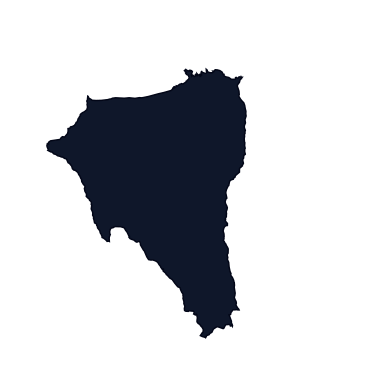 Nossa Senhora Do Rosario, Ribeira Grande, Cabo Verde (Equal Earth projection), rotated 329°
{"feature_id": "66160863B91585848329276", "entity_name": "Nossa Senhora Do Rosario", "entity_type": "district", "adm_level": 2, "iso_a3": "CPV", "parent_name": "Cabo Verde", "parent_adm1": "Ribeira Grande", "projection": "equal_earth", "projection_center": [-25.054, 17.15], "detail": "fine", "context": "isolated", "style": "filled", "palette": "ink", "viewbox_px": 384, "rotation_deg": 329, "n_neighbors": 0, "source": "geoboundaries", "source_scale": "gbopen_adm2", "svg_char_len": 5958}
<svg xmlns="http://www.w3.org/2000/svg" viewBox="0 0 384 384"><g transform="rotate(329 192 192)"><path d="M89.9,82.1L91.6,84.9L92.7,85.8L93.1,88.0L94.8,89.9L95.4,91.6L97.4,93.6L98.0,94.7L99.0,95.3L100.1,97.6L101.1,98.7L101.4,99.2L100.9,103.1L101.7,104.5L102.2,107.9L101.5,110.5L102.0,112.3L103.1,113.3L104.4,116.9L104.1,117.3L103.9,118.8L104.1,120.4L103.7,123.4L103.9,124.0L102.9,126.2L102.8,127.2L102.9,127.9L102.8,129.3L103.2,131.4L103.1,132.2L102.8,132.7L101.6,133.5L100.6,136.3L100.6,139.2L99.7,140.7L99.1,141.3L99.8,144.0L100.4,145.0L100.0,145.8L100.0,146.5L100.6,148.2L100.5,148.7L99.8,150.1L99.2,150.8L99.3,151.7L96.9,154.6L96.5,157.8L96.1,159.0L94.9,160.7L94.8,162.7L93.9,164.0L93.7,165.2L92.6,168.3L93.7,170.0L93.1,171.8L93.3,172.5L92.6,174.1L93.0,177.7L92.3,179.8L92.4,181.1L92.1,183.5L91.5,184.7L92.5,186.1L93.5,188.8L93.8,190.6L95.3,191.2L95.7,191.8L97.0,189.3L97.9,188.0L100.1,186.3L100.1,185.3L101.2,183.3L102.8,181.8L104.8,181.2L105.6,181.9L108.1,181.9L113.0,185.0L115.1,187.3L115.5,188.2L115.4,190.6L115.7,193.1L115.3,196.7L115.6,197.7L114.7,198.1L114.9,200.0L115.5,201.0L117.4,203.2L118.1,205.3L118.5,206.1L119.0,206.6L120.5,206.8L121.4,207.4L121.5,208.1L121.4,209.1L120.6,210.8L120.5,216.8L120.8,217.9L119.9,224.3L120.0,227.6L121.8,229.2L123.3,229.9L125.3,232.3L126.4,234.5L126.4,237.5L126.7,239.2L126.5,240.4L126.7,243.0L127.0,243.3L127.5,243.1L127.8,243.3L127.7,243.8L126.7,244.5L126.6,245.0L127.6,247.8L127.5,249.6L128.0,250.7L128.6,254.2L130.0,256.9L130.3,261.3L131.0,265.9L132.4,267.8L131.9,270.1L131.6,272.6L131.7,274.0L131.5,275.6L130.9,276.1L130.6,277.3L129.5,278.5L128.6,281.9L127.5,283.6L127.1,286.2L125.4,288.0L124.6,289.8L125.3,291.0L127.4,292.4L127.8,292.1L128.6,292.3L129.0,293.0L130.2,293.4L130.6,294.2L131.3,294.3L131.9,295.0L131.9,296.2L131.4,296.9L130.6,297.4L131.5,299.1L132.6,298.7L133.0,299.0L131.7,303.0L131.2,303.3L129.6,305.5L129.4,306.2L129.6,307.9L130.5,309.5L130.5,311.0L131.0,313.3L130.8,316.0L129.9,316.9L129.5,317.7L128.4,317.9L125.2,319.4L126.4,321.2L128.3,323.2L128.6,323.9L130.8,322.6L133.1,323.1L134.6,322.4L136.7,322.5L139.7,320.5L143.9,320.3L144.9,321.0L148.3,325.1L149.0,325.2L152.4,323.1L155.8,324.7L156.1,325.3L155.9,326.6L156.3,326.9L157.1,326.7L157.5,327.1L157.5,327.8L158.0,327.2L158.5,324.1L159.2,323.1L160.5,316.4L161.5,316.8L162.2,316.7L163.4,315.1L163.9,315.2L165.9,314.3L167.1,314.3L168.1,315.2L169.1,315.4L170.2,316.4L171.6,317.3L171.7,316.5L171.4,314.9L171.4,311.5L172.8,310.1L173.4,308.4L173.5,306.2L174.0,304.0L175.4,302.8L176.9,300.9L179.1,295.4L180.4,293.8L181.7,291.1L181.6,290.6L182.2,289.2L182.4,287.7L182.6,285.9L182.3,283.7L182.9,282.4L183.4,282.0L183.7,279.6L185.2,275.3L187.2,271.2L187.6,268.0L188.9,266.6L189.6,264.4L190.1,263.7L191.4,263.0L193.7,259.4L193.9,257.9L193.9,255.3L194.2,254.0L193.9,253.4L194.1,250.8L193.9,249.6L195.3,248.6L195.9,247.3L196.4,247.0L197.8,244.4L198.6,241.4L200.5,239.5L201.7,238.7L203.1,238.3L204.4,238.5L204.9,238.9L205.3,238.7L205.6,238.0L206.2,237.1L205.8,235.4L205.9,233.1L206.6,232.9L207.0,231.8L208.7,230.9L209.1,230.1L209.8,229.3L209.9,228.6L210.4,228.4L211.2,226.5L213.1,224.9L214.2,223.6L214.6,221.8L214.7,219.7L215.3,217.5L217.3,215.6L218.7,215.2L220.4,210.3L221.1,209.3L222.8,207.6L226.1,205.4L226.8,205.4L229.3,202.6L230.4,201.9L232.0,201.8L234.0,202.3L234.8,201.5L236.3,201.5L237.7,200.3L242.9,199.4L244.6,196.6L245.7,196.0L247.1,195.9L247.8,195.5L248.5,195.6L248.7,195.0L249.3,194.9L250.9,193.8L251.6,191.5L252.3,190.2L253.6,189.6L255.4,187.1L256.0,187.3L257.1,187.1L257.5,186.1L257.7,185.0L259.1,182.6L260.1,181.9L260.9,179.5L262.7,176.9L262.8,176.0L264.2,173.2L265.8,171.3L266.5,169.7L267.5,169.2L268.5,167.5L269.5,166.6L269.9,164.2L270.4,163.0L271.2,162.0L273.4,160.3L274.6,157.3L277.5,154.7L278.4,152.6L279.8,150.5L280.5,148.1L281.8,144.8L282.3,142.1L281.8,140.1L281.4,137.5L281.4,134.2L281.8,133.4L282.6,132.9L284.2,129.7L285.3,124.8L286.0,123.7L289.1,122.4L291.0,120.6L294.1,119.5L293.8,119.3L293.4,119.7L293.4,118.7L293.0,119.1L292.5,118.2L291.9,117.7L291.2,117.6L290.5,118.1L289.7,118.1L289.0,116.6L288.6,116.4L288.2,116.4L287.6,117.3L287.1,117.6L284.1,115.9L283.7,115.5L282.5,112.8L280.3,110.7L279.3,109.1L280.0,107.7L279.4,107.4L279.5,104.6L278.4,102.3L276.6,100.4L274.9,99.2L273.6,99.4L273.0,100.0L272.1,99.2L272.1,100.1L271.2,100.3L269.4,99.5L268.4,98.5L267.4,97.1L267.4,96.3L267.8,95.5L267.4,94.2L266.5,95.9L266.5,96.9L266.0,97.3L265.1,97.4L264.4,97.1L262.4,94.7L262.4,93.7L262.0,93.7L260.8,94.9L261.1,95.7L260.9,95.3L260.4,95.5L260.8,96.1L260.5,96.7L258.7,97.3L258.5,97.2L258.7,96.4L259.2,96.2L259.2,95.6L258.9,95.1L258.3,95.5L257.8,95.3L257.4,94.3L257.2,93.2L256.4,95.0L255.6,94.6L256.1,93.3L255.9,93.0L255.2,93.2L254.1,94.3L253.5,94.3L252.8,93.2L253.1,92.7L252.9,92.4L252.4,92.2L251.4,92.6L251.7,91.4L252.4,91.7L252.7,90.3L254.3,89.0L254.1,87.8L252.9,86.5L252.4,86.7L252.5,87.3L251.5,86.8L251.2,86.0L250.3,85.3L249.8,83.7L248.0,84.1L248.8,86.7L248.6,87.0L247.8,86.8L247.8,87.7L247.9,88.4L249.0,90.2L248.6,91.6L248.7,92.0L248.5,92.7L247.0,93.6L245.5,93.8L244.0,94.4L243.9,94.3L243.7,94.6L239.9,94.8L238.7,93.6L237.8,93.7L236.9,93.3L233.9,93.7L233.2,92.8L232.2,93.6L231.4,93.6L231.1,92.6L230.8,92.5L230.3,93.5L230.0,93.4L230.0,92.5L229.6,93.4L228.7,92.7L228.9,93.1L228.2,93.9L226.2,94.2L218.9,92.2L213.7,90.5L203.8,87.7L198.7,85.9L197.1,85.2L195.6,84.1L191.4,82.4L186.7,78.9L182.3,76.8L175.0,71.9L172.0,70.6L170.7,70.6L169.4,70.0L167.2,69.4L161.5,66.8L156.9,64.2L153.7,62.0L152.8,59.9L152.1,59.0L152.0,58.3L152.2,56.6L152.0,56.2L149.6,59.4L148.7,59.8L148.2,61.9L147.2,62.8L146.1,65.6L145.2,66.3L144.4,67.3L141.0,67.8L138.9,67.6L136.6,67.9L135.9,68.3L135.6,69.2L134.5,69.3L134.0,69.9L132.3,70.5L129.8,72.7L128.5,72.7L127.6,73.5L125.4,74.4L122.8,74.2L121.9,73.7L121.0,73.8L120.1,74.5L118.4,73.8L117.2,76.0L115.5,77.8L111.1,79.3L109.5,77.9L108.0,78.0L106.0,79.0L97.1,75.3L94.8,75.5L94.3,75.8L93.6,77.1L92.8,76.2L91.4,77.7L91.0,79.1L90.7,81.3L90.4,82.0L89.9,82.1Z" fill="#0f172a" stroke="#020617" stroke-width="1.5"/></g></svg>